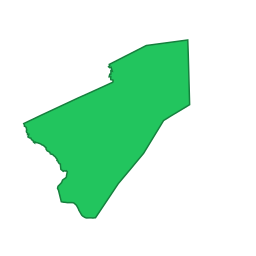 the district of São Gonçalo do Gurguéia, Piauí, Brazil, rotated 333°
{"feature_id": "56859067B20253198394282", "entity_name": "São Gonçalo do Gurguéia", "entity_type": "district", "adm_level": 2, "iso_a3": "BRA", "parent_name": "Brazil", "parent_adm1": "Piauí", "projection": "orthographic", "projection_center": [-45.45, -10.118], "detail": "fine", "context": "isolated", "style": "filled", "palette": "green", "viewbox_px": 256, "rotation_deg": 333, "n_neighbors": 0, "source": "geoboundaries", "source_scale": "gbopen_adm2", "svg_char_len": 1473}
<svg xmlns="http://www.w3.org/2000/svg" viewBox="0 0 256 256"><g transform="rotate(333 128 128)"><path d="M35.1,163.4L36.8,164.8L38.3,165.7L40.1,167.0L44.1,169.0L45.6,170.0L46.8,172.9L47.0,173.9L47.1,177.4L46.9,178.9L47.2,184.5L47.6,185.8L48.9,188.0L50.0,189.2L54.2,191.2L55.9,192.3L57.1,192.7L58.3,193.2L94.2,173.1L111.2,165.9L117.4,163.2L130.3,157.7L163.1,137.5L170.9,136.8L193.5,135.2L214.8,90.4L221.2,76.7L203.3,70.4L190.3,65.8L181.7,62.8L140.2,62.8L140.0,64.1L138.5,64.6L139.2,66.1L140.5,66.2L140.0,68.9L139.8,70.2L138.8,69.1L138.0,70.8L137.0,72.4L136.2,71.8L134.4,73.8L135.9,74.6L135.2,75.7L134.6,77.1L135.4,77.7L136.4,78.7L135.9,79.6L135.2,80.3L115.9,79.5L97.6,78.6L57.1,77.2L37.1,76.7L37.1,78.1L36.5,79.4L37.2,80.2L37.6,81.6L37.0,82.7L37.0,83.9L36.1,84.4L35.7,85.7L36.1,87.0L35.5,88.2L36.7,88.6L35.7,89.7L34.8,90.5L35.8,92.2L36.9,93.0L36.7,94.6L37.7,96.0L37.4,97.5L38.1,99.1L38.8,98.2L39.8,99.5L40.7,100.1L42.1,101.6L42.9,102.4L43.6,103.9L44.7,105.0L45.4,107.1L46.0,108.2L45.4,109.6L45.6,111.6L46.5,112.9L47.3,114.1L47.1,115.8L47.9,116.6L48.9,117.4L49.2,118.7L50.0,120.3L50.2,121.4L50.4,122.8L50.7,123.8L49.9,124.7L50.6,125.9L50.3,126.9L50.6,128.6L51.4,129.4L50.7,130.9L49.4,134.4L50.2,136.1L50.6,137.2L51.7,137.0L52.5,137.9L53.6,138.0L54.0,139.4L52.7,141.1L51.7,142.3L51.1,143.4L50.0,144.1L47.7,144.4L46.0,144.7L45.0,145.7L43.7,146.6L41.2,147.5L39.3,148.1L38.5,148.9L37.8,149.8L37.8,151.9L35.1,163.4Z" fill="#22c55e" stroke="#15803d" stroke-width="1.5"/></g></svg>